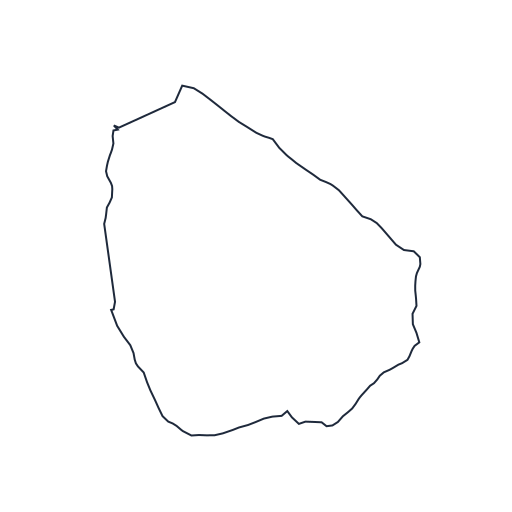 Bonchari, Nyanza, Kenya, rotated 341°
{"feature_id": "3690345B50760924854388", "entity_name": "Bonchari", "entity_type": "district", "adm_level": 2, "iso_a3": "KEN", "parent_name": "Kenya", "parent_adm1": "Nyanza", "projection": "natural_earth1", "projection_center": [34.697, -0.659], "detail": "fine", "context": "isolated", "style": "outline", "palette": "slate", "viewbox_px": 512, "rotation_deg": 341, "n_neighbors": 0, "source": "geoboundaries", "source_scale": "gbopen_adm2", "svg_char_len": 1896}
<svg xmlns="http://www.w3.org/2000/svg" viewBox="0 0 512 512"><g transform="rotate(341 256 256)"><path d="M382.3,390.8L382.7,380.9L382.1,371.6L385.2,361.6L391.5,355.4L393.4,348.6L394.1,345.7L395.3,340.5L396.9,335.8L398.6,331.7L400.6,327.4L402.6,324.5L407.4,319.5L408.8,317.1L410.5,310.5L406.7,302.9L397.8,298.5L392.0,290.9L389.2,283.9L386.5,277.1L385.1,273.6L383.8,270.4L380.9,264.2L376.5,258.6L369.4,253.1L366.1,245.4L363.4,238.7L359.8,230.2L355.8,220.8L351.5,214.3L349.8,212.2L346.3,208.9L341.5,204.8L336.7,197.9L331.2,190.6L324.3,181.2L321.5,176.6L318.8,172.4L317.6,170.3L313.2,161.3L309.9,151.0L306.8,148.5L303.3,146.0L301.4,144.4L296.4,139.6L289.6,131.1L283.5,123.7L277.9,115.5L273.6,108.8L271.8,105.9L268.8,101.2L265.0,95.3L258.4,85.3L251.8,77.1L241.7,70.9L229.5,84.1L168.2,90.0L164.1,86.3L166.4,91.5L162.1,90.9L159.5,95.9L157.8,103.2L154.5,108.5L152.2,111.4L150.8,113.0L146.6,118.7L144.5,122.1L141.8,127.0L141.3,132.2L142.6,139.6L142.7,143.0L141.9,146.0L138.8,153.7L134.9,157.9L130.8,161.6L127.9,167.7L126.2,171.1L122.9,176.2L107.8,253.4L104.0,260.1L101.5,259.8L102.0,276.8L104.8,289.4L108.1,299.4L108.6,307.9L107.6,314.4L107.5,318.4L108.4,321.9L111.9,329.6L111.9,339.9L112.4,348.7L113.6,359.2L114.4,367.9L115.5,377.0L119.1,384.0L122.7,387.2L125.6,390.8L128.6,395.9L129.8,397.7L136.5,404.7L143.8,406.7L150.7,409.4L158.5,412.0L166.9,412.9L177.5,412.9L184.1,412.6L193.5,413.2L201.4,412.9L210.5,412.3L219.2,413.2L228.2,415.5L235.1,412.8L237.4,420.2L241.9,428.7L248.8,428.7L256.6,431.7L263.9,434.6L267.3,439.9L273.1,441.1L279.4,439.6L286.0,435.8L291.9,433.7L297.3,431.5L302.1,428.2L306.4,424.7L308.1,423.5L310.4,422.1L317.0,418.5L321.7,415.8L324.1,415.2L326.1,414.7L330.5,412.2L334.1,409.5L339.0,407.6L345.3,407.1L347.6,406.7L349.7,406.3L355.3,405.1L359.2,404.9L365.4,403.5L368.4,400.8L372.1,396.6L374.0,394.7L376.7,392.6L382.3,390.8Z" fill="none" stroke="#1e293b" stroke-width="2"/></g></svg>